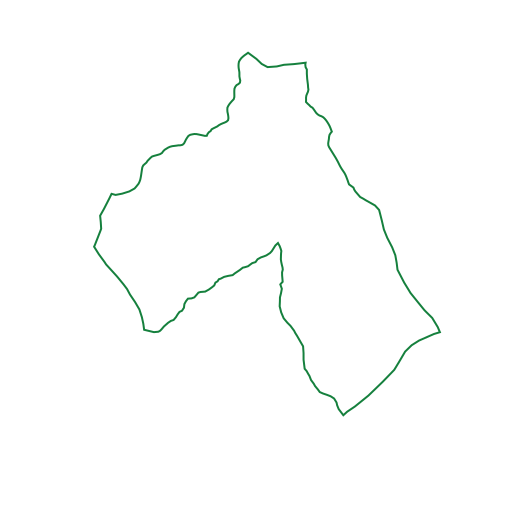 outline of Gozhi, Daga, Bhutan, rotated 331°
{"feature_id": "84629894B53635199358843", "entity_name": "Gozhi", "entity_type": "district", "adm_level": 2, "iso_a3": "BTN", "parent_name": "Bhutan", "parent_adm1": "Daga", "projection": "mercator", "projection_center": [89.936, 26.937], "detail": "fine", "context": "isolated", "style": "outline", "palette": "green", "viewbox_px": 512, "rotation_deg": 331, "n_neighbors": 0, "source": "geoboundaries", "source_scale": "gbopen_adm2", "svg_char_len": 4126}
<svg xmlns="http://www.w3.org/2000/svg" viewBox="0 0 512 512"><g transform="rotate(331 256 256)"><path d="M255.2,437.6L260.2,436.4L269.5,435.6L286.6,432.6L306.0,427.4L321.7,422.6L329.6,418.1L340.1,411.9L348.9,409.5L357.7,409.0L373.9,410.5L379.9,411.8L380.5,406.3L380.1,395.6L377.5,386.7L377.0,384.8L376.2,380.3L375.2,374.7L373.2,363.2L373.1,360.3L372.7,351.1L373.1,336.6L375.7,330.2L378.2,322.9L379.3,314.4L379.6,303.8L380.7,294.8L383.2,286.1L383.8,283.8L385.1,278.9L386.0,275.4L384.6,269.5L379.0,260.4L377.6,257.9L375.7,254.9L374.2,247.7L374.1,245.5L374.4,243.4L372.1,238.5L372.4,236.4L372.8,234.4L373.1,232.3L373.4,230.2L373.6,228.1L373.6,226.0L373.4,223.8L373.2,221.7L373.1,219.6L373.1,217.5L373.2,215.4L373.3,213.3L373.3,211.2L373.3,209.1L373.2,206.9L373.1,204.8L373.0,202.7L372.9,200.6L372.8,198.5L372.7,196.4L372.9,194.3L373.8,192.4L375.1,190.7L376.4,189.1L377.6,187.3L379.0,185.7L380.8,184.7L382.6,184.0L382.9,181.9L383.2,179.8L383.4,177.7L383.4,175.6L383.3,173.5L383.1,171.4L382.7,169.3L382.1,167.3L381.0,165.5L379.6,163.9L378.6,162.0L378.0,160.0L377.8,157.9L377.6,155.8L377.3,153.7L376.2,151.8L375.7,149.8L375.0,147.8L374.4,145.5L375.5,143.7L376.5,141.8L377.8,140.1L379.4,138.8L381.1,137.5L382.5,135.9L383.3,133.8L384.4,131.5L386.6,126.0L388.8,121.3L390.9,117.5L390.9,115.0L391.9,112.5L393.1,111.0L387.4,108.7L382.1,106.5L373.1,102.3L366.1,100.3L357.7,96.4L354.1,90.8L351.9,83.8L347.6,74.4L345.3,74.7L343.2,74.9L341.1,75.3L339.1,75.8L337.1,76.7L335.3,77.8L334.0,79.4L332.9,81.2L332.0,83.1L331.3,85.1L330.6,87.1L329.6,89.0L328.6,90.8L327.9,92.8L327.3,94.9L326.0,96.6L324.0,97.1L321.9,97.1L320.0,97.9L318.3,99.2L317.1,101.0L316.1,102.8L315.1,104.7L314.1,106.5L312.5,108.1L310.5,108.7L308.5,109.4L306.5,110.2L304.6,111.2L302.9,112.4L301.8,114.2L300.9,116.1L300.3,118.1L299.6,120.1L298.7,122.1L297.4,123.7L295.4,124.2L293.3,124.1L291.2,123.8L289.1,123.6L287.0,123.6L284.9,123.9L282.8,123.8L280.7,123.7L278.6,123.7L276.9,124.7L274.8,124.9L272.9,125.7L271.2,127.0L269.5,126.1L267.9,124.7L266.3,123.3L264.7,121.9L263.0,120.5L261.2,119.4L259.2,118.7L257.2,118.1L255.1,118.2L253.2,119.1L251.2,120.2L249.5,121.4L247.7,122.6L245.7,123.1L243.7,122.6L241.8,121.6L239.9,120.9L237.9,120.1L235.9,119.3L233.9,118.8L231.8,118.6L229.7,118.7L227.6,118.8L225.6,119.4L223.7,120.3L221.5,120.4L219.5,120.0L217.4,119.5L215.4,119.0L213.3,118.6L211.3,119.0L209.3,119.6L207.3,120.2L205.4,121.2L203.4,121.6L201.3,122.1L199.6,123.3L198.3,124.9L197.0,126.6L195.7,128.3L194.4,130.0L193.1,131.6L191.7,133.2L190.1,134.6L188.4,135.8L186.5,136.6L184.5,137.4L182.5,138.1L176.5,138.1L169.2,136.6L162.8,134.5L159.8,131.6L155.4,134.7L145.7,141.2L139.2,145.2L136.7,151.0L133.8,157.1L132.2,158.5L128.7,161.4L120.6,168.1L118.9,169.4L119.0,171.2L119.4,178.3L120.6,187.7L120.8,190.7L123.2,200.8L124.4,205.9L124.8,207.9L126.4,216.7L127.2,222.4L127.1,228.6L127.9,237.6L128.1,246.2L126.5,254.3L124.6,260.6L122.4,266.3L129.8,273.1L133.9,274.9L135.9,274.9L137.9,274.3L141.3,273.0L146.7,271.8L150.1,271.5L152.9,272.0L156.3,270.7L159.3,269.0L162.0,267.8L164.7,268.0L167.9,266.3L170.1,263.3L172.8,261.6L175.8,260.3L179.0,261.8L182.0,262.3L184.2,261.5L187.9,260.1L190.1,260.6L194.3,262.5L198.5,262.5L202.5,262.0L205.2,261.5L207.6,259.6L210.1,259.5L212.3,258.3L214.0,258.7L218.0,258.8L222.0,259.9L226.3,261.4L229.1,260.9L235.1,260.4L238.8,259.8L240.8,260.4L244.1,261.1L246.8,260.7L249.3,260.4L252.6,261.1L255.8,259.6L257.8,259.6L259.6,259.6L263.0,260.2L265.4,260.5L269.7,260.2L272.2,259.4L274.2,258.3L278.0,256.2L281.5,255.3L281.5,258.8L281.1,261.5L280.6,263.9L279.3,265.7L278.3,267.3L276.1,271.0L275.2,273.4L274.4,276.0L273.6,279.0L272.8,280.9L270.9,282.9L269.4,285.7L267.9,289.1L266.8,291.5L265.2,292.0L263.5,292.6L262.7,297.2L259.8,300.7L256.9,303.8L255.0,307.1L252.3,311.5L250.7,317.5L250.0,323.9L251.1,329.6L252.3,333.8L253.1,339.8L253.0,342.4L253.2,345.8L253.3,353.2L253.4,357.8L250.5,364.0L247.3,369.8L243.9,378.2L244.5,381.1L244.5,384.4L244.6,386.8L244.0,391.2L244.6,395.7L244.6,398.4L245.4,402.6L245.8,405.9L247.9,408.7L250.8,411.9L253.3,414.9L255.2,418.5L255.4,423.2L254.6,425.9L254.1,430.0L255.2,437.6Z" fill="none" stroke="#15803d" stroke-width="2"/></g></svg>